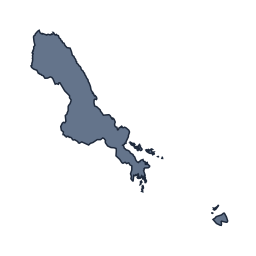 the district of Morowali, Sulawesi Tengah, Indonesia, rotated 355°
{"feature_id": "22746128B26432903559283", "entity_name": "Morowali", "entity_type": "district", "adm_level": 2, "iso_a3": "IDN", "parent_name": "Indonesia", "parent_adm1": "Sulawesi Tengah", "projection": "equal_earth", "projection_center": [122.297, -2.895], "detail": "fine", "context": "isolated", "style": "filled", "palette": "slate", "viewbox_px": 256, "rotation_deg": 355, "n_neighbors": 0, "source": "geoboundaries", "source_scale": "gbopen_adm2", "svg_char_len": 5914}
<svg xmlns="http://www.w3.org/2000/svg" viewBox="0 0 256 256"><g transform="rotate(355 128 128)"><path d="M103.2,136.4L104.5,138.5L104.1,139.8L104.3,140.9L106.1,144.1L109.3,146.0L112.5,146.5L114.4,147.4L114.4,149.5L113.6,154.7L117.1,158.6L118.8,161.9L119.9,162.7L122.1,161.9L123.5,163.3L125.4,162.8L125.9,163.0L126.6,164.8L128.5,166.1L128.1,170.2L126.5,173.9L127.2,176.3L126.5,178.8L127.9,181.1L128.4,181.2L128.7,180.4L129.6,175.7L130.3,176.1L131.4,175.4L131.5,176.1L131.9,176.2L132.9,175.2L133.6,175.5L133.4,175.1L134.1,174.6L134.3,175.1L133.6,176.0L134.2,176.4L133.5,177.3L133.6,177.8L132.9,178.1L133.2,178.8L133.8,179.0L133.9,177.8L134.5,177.4L134.8,177.7L134.5,178.5L134.7,178.1L134.7,178.7L135.1,178.5L135.0,179.1L135.8,178.9L135.7,179.4L136.9,177.9L136.9,178.3L137.2,178.0L137.1,177.1L137.5,176.6L138.2,177.7L138.2,179.5L139.0,178.9L139.4,179.4L139.1,179.8L139.7,179.7L139.8,180.5L139.5,180.1L139.4,180.6L139.9,181.2L139.8,182.0L140.0,181.7L140.3,182.3L140.3,181.8L141.0,181.2L140.6,180.0L140.9,179.1L140.4,178.9L140.4,178.2L139.8,177.4L140.1,177.1L140.2,177.7L140.6,177.7L140.5,177.4L140.9,176.8L140.6,176.5L140.6,176.0L140.8,175.9L139.8,171.8L140.5,171.1L140.4,170.0L141.2,169.3L144.7,169.4L146.0,168.6L146.3,167.8L144.2,165.4L144.2,164.0L143.0,164.1L143.5,164.6L143.7,165.8L142.2,165.7L142.0,162.9L140.9,162.7L140.4,162.1L140.2,160.7L138.2,161.2L136.9,162.1L136.9,162.5L135.9,162.6L135.4,163.3L134.4,162.8L133.1,161.0L132.1,157.4L130.8,155.8L130.7,154.9L128.2,153.1L127.5,151.4L125.7,150.1L124.4,149.8L123.5,148.6L122.6,148.0L121.9,144.7L121.3,144.8L121.2,144.7L123.0,143.9L123.3,143.0L124.6,143.1L124.9,141.4L127.6,136.8L127.8,135.3L129.0,132.7L129.1,131.7L128.5,130.2L126.1,127.7L124.7,126.9L123.3,127.3L122.3,127.0L122.1,127.5L122.2,126.0L121.8,125.6L120.6,126.4L120.7,126.8L119.3,126.9L118.2,128.8L117.4,128.9L117.0,126.3L115.6,125.7L115.0,124.5L115.0,122.8L115.8,121.0L114.9,118.0L114.2,117.3L113.6,117.9L112.8,117.5L111.3,114.2L110.2,113.1L104.6,113.1L102.8,109.8L102.2,109.3L101.9,107.6L98.7,104.1L96.7,103.2L96.3,99.9L96.7,97.0L97.7,96.3L99.0,96.9L99.5,96.2L99.3,94.6L98.1,92.9L97.4,93.1L96.6,90.8L95.7,90.4L95.7,90.0L96.1,89.5L95.3,88.6L94.5,86.7L94.2,83.3L93.2,79.7L92.5,78.4L92.3,76.4L91.2,74.7L90.2,71.9L89.7,71.4L89.4,69.5L88.8,69.1L88.1,67.2L87.1,66.4L86.4,65.1L86.3,63.8L85.7,62.6L84.7,61.8L83.9,60.2L82.5,58.8L82.6,57.4L82.1,57.1L81.8,55.2L80.6,53.1L80.4,52.0L78.9,50.7L78.3,46.9L77.3,43.4L74.2,42.6L72.4,40.2L71.7,38.0L70.2,37.2L70.0,35.8L69.0,35.2L68.5,33.4L67.3,32.3L66.7,29.9L65.5,29.4L64.7,28.5L63.9,29.0L63.2,28.7L62.1,26.4L61.7,26.3L62.2,27.4L60.3,28.1L60.7,28.9L60.0,27.7L58.5,28.5L57.0,27.8L55.8,27.8L55.2,28.3L51.5,26.6L50.8,26.9L50.6,26.3L49.7,26.4L48.7,25.5L48.0,22.9L46.4,23.8L43.9,26.2L43.4,27.5L42.5,27.8L41.8,29.0L41.9,33.5L42.5,37.5L41.1,39.0L41.1,40.6L40.5,41.8L40.4,43.0L39.8,43.0L39.4,44.6L39.1,44.7L39.3,45.4L39.9,45.6L39.8,46.3L39.1,47.5L39.3,48.9L38.8,50.5L39.1,50.8L38.8,52.6L38.4,54.2L37.9,54.9L37.7,57.1L36.8,57.5L36.8,57.9L37.2,58.0L37.2,59.2L39.2,61.1L42.3,62.6L43.5,65.8L44.1,65.7L45.0,66.8L46.2,67.1L46.5,67.8L48.1,68.5L49.6,71.2L52.3,71.3L55.0,70.3L56.5,71.0L57.6,72.7L59.3,78.0L60.7,77.6L62.5,78.4L63.1,77.0L64.1,77.0L68.2,85.5L72.6,90.8L72.4,92.8L73.7,94.9L73.6,96.0L72.4,98.7L70.9,100.2L70.3,101.3L69.9,105.5L68.7,107.6L68.6,108.5L66.6,110.2L66.7,115.8L65.5,117.3L64.1,116.7L62.9,117.6L61.1,120.7L61.4,124.4L63.3,126.3L62.7,128.9L63.6,129.1L64.5,130.4L65.4,130.7L65.7,131.6L67.4,131.0L68.3,131.5L68.6,132.2L70.1,132.3L71.2,133.5L71.7,134.8L72.4,135.2L73.8,135.0L76.7,137.1L77.3,138.5L78.2,138.9L80.7,137.8L87.3,141.5L89.2,140.0L91.8,139.4L96.3,136.9L99.6,137.2L102.0,135.7L103.2,136.4ZM216.6,221.3L215.7,221.2L213.6,222.7L208.1,224.0L206.9,225.3L204.7,226.5L207.8,230.8L211.3,232.9L212.4,233.1L212.8,232.0L212.6,229.5L213.0,229.0L217.8,230.5L218.7,230.3L219.2,229.3L218.3,225.2L216.6,221.3ZM138.7,145.2L138.0,145.3L137.3,146.1L136.2,148.1L136.7,149.0L137.6,149.2L137.2,149.6L137.2,150.4L138.6,151.6L139.6,151.3L140.2,150.3L138.6,147.9L138.8,147.0L137.6,146.6L137.9,145.6L138.7,145.2ZM147.8,152.1L146.5,151.2L146.3,151.8L146.7,152.5L146.7,153.4L146.3,153.5L146.0,154.2L147.4,155.1L149.6,155.5L149.9,155.2L149.4,151.9L148.6,151.3L147.8,152.1ZM131.2,143.8L129.1,142.3L129.1,142.9L128.6,143.0L129.5,143.9L129.5,144.4L129.9,144.3L129.7,144.8L130.7,145.7L132.4,146.2L132.5,145.8L131.7,145.2L133.3,144.9L132.6,143.8L131.2,143.8ZM211.2,213.5L211.5,212.5L210.1,214.0L207.4,215.5L206.1,215.2L206.6,216.4L206.1,216.7L206.9,217.3L208.3,216.7L211.2,213.5ZM135.8,147.1L134.0,147.2L133.1,147.9L133.0,148.5L134.5,149.2L134.9,148.7L135.8,149.0L136.1,147.5L135.8,147.1ZM144.7,151.2L143.8,151.5L144.6,153.1L145.9,153.9L146.3,153.1L145.5,151.6L144.7,151.2ZM141.8,182.4L141.2,181.0L140.6,182.9L140.1,182.5L140.5,183.4L140.3,183.8L140.7,183.9L141.1,182.7L141.0,183.2L141.2,183.4L141.8,182.4ZM137.6,186.8L137.0,187.2L137.3,188.2L136.7,189.3L136.8,189.6L137.0,189.7L136.9,189.2L137.2,188.9L137.6,189.7L138.1,189.3L138.1,188.5L137.6,189.0L137.8,188.0L138.1,188.0L138.0,187.6L137.8,187.8L137.6,186.8ZM136.6,181.9L135.6,182.8L136.0,184.4L136.6,183.5L136.6,182.5L136.9,182.6L136.6,181.9ZM137.1,191.6L136.5,191.2L136.7,192.2L136.3,192.4L137.1,192.8L137.1,191.6ZM151.7,154.2L151.0,154.2L150.8,155.2L151.7,155.3L151.4,154.5L151.7,154.2ZM136.1,151.3L136.3,150.1L135.3,150.7L135.7,151.3L136.1,151.3ZM150.7,155.8L150.0,156.0L150.3,156.8L151.0,156.3L150.7,155.8ZM159.8,161.3L159.7,160.3L159.6,160.2L159.1,161.2L159.8,161.3ZM205.0,220.2L204.6,219.9L203.6,219.7L204.7,220.4L205.0,220.2ZM156.4,159.0L155.2,159.1L155.5,159.4L156.4,159.0ZM152.3,155.9L151.5,156.0L151.2,156.4L151.4,156.5L152.3,155.9ZM149.8,150.9L149.4,151.2L150.3,151.3L150.2,151.2L149.8,150.9ZM132.9,146.6L132.5,146.7L132.4,147.2L132.9,147.3L132.9,146.6ZM135.8,185.2L135.7,184.3L135.2,185.4L135.8,185.2ZM113.4,116.7L112.8,116.8L113.0,117.4L113.4,117.3L113.4,116.7Z" fill="#64748b" stroke="#1e293b" stroke-width="1.5"/></g></svg>